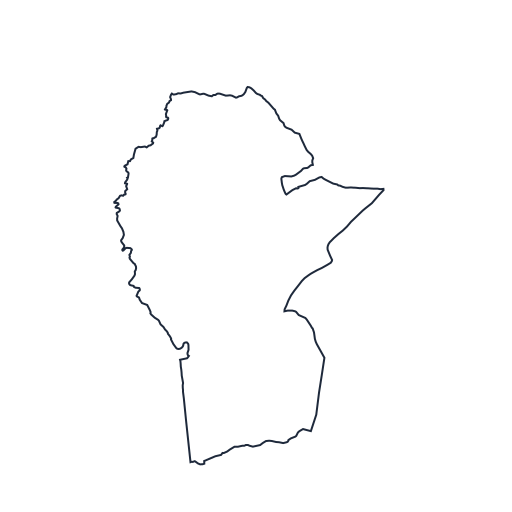 the district of Ingende, Équateur, Democratic Republic of the Congo, rotated 246°
{"feature_id": "63176286B3271137171664", "entity_name": "Ingende", "entity_type": "district", "adm_level": 2, "iso_a3": "COD", "parent_name": "Democratic Republic of the Congo", "parent_adm1": "Équateur", "projection": "orthographic", "projection_center": [19.593, -0.719], "detail": "fine", "context": "isolated", "style": "outline", "palette": "slate", "viewbox_px": 512, "rotation_deg": 246, "n_neighbors": 0, "source": "geoboundaries", "source_scale": "gbopen_adm2", "svg_char_len": 6023}
<svg xmlns="http://www.w3.org/2000/svg" viewBox="0 0 512 512"><g transform="rotate(246 256 256)"><path d="M135.2,277.1L150.8,275.7L153.4,275.7L156.4,276.1L159.8,277.1L162.6,277.9L166.8,278.3L167.6,277.9L170.1,277.7L177.3,276.5L179.3,275.9L184.7,271.0L188.7,269.9L189.6,269.2L191.4,266.9L193.3,262.5L193.9,259.5L195.7,260.5L198.3,263.6L202.1,267.4L205.8,272.0L208.8,277.0L211.9,282.9L214.5,287.7L216.0,291.4L217.0,296.0L217.5,298.7L217.8,301.6L218.2,306.3L218.3,311.3L218.9,317.6L219.4,321.5L220.4,323.1L221.4,323.9L226.2,323.8L232.6,324.0L234.5,324.7L236.0,325.7L237.3,327.0L238.6,329.0L239.3,330.9L240.7,334.4L242.5,340.1L243.9,345.5L245.9,351.1L248.6,356.7L250.7,362.6L254.1,372.0L255.1,375.5L257.1,383.3L261.9,393.5L264.3,399.3L265.5,399.7L266.0,398.1L266.6,396.6L267.3,395.6L268.2,394.2L268.6,393.2L269.7,390.8L270.7,388.8L271.9,386.6L272.5,385.4L273.5,383.4L274.6,381.3L275.7,378.5L276.9,376.4L277.9,374.7L278.7,373.0L279.9,370.8L280.6,369.1L281.0,367.9L281.3,367.1L282.0,365.6L284.0,363.2L286.0,361.5L287.0,359.9L288.3,359.3L290.7,356.0L297.3,350.6L299.2,349.2L300.6,348.5L301.5,348.1L302.0,345.8L301.6,340.8L302.5,335.5L301.3,331.9L300.9,329.8L301.9,322.8L300.9,322.5L300.7,321.8L301.0,320.8L301.6,320.2L301.4,316.1L299.8,308.8L300.5,308.4L301.6,308.3L302.8,308.3L303.8,308.3L306.0,308.4L307.8,308.6L310.0,308.8L311.6,309.2L312.8,309.5L314.0,309.9L315.4,310.3L316.3,310.6L316.7,310.9L317.5,311.7L317.3,314.9L314.3,320.6L313.9,323.4L314.0,325.4L315.4,331.7L316.6,334.4L316.6,335.6L315.6,338.6L315.7,339.9L316.6,342.8L316.1,345.0L318.9,345.6L320.5,346.4L322.1,348.0L324.8,348.1L326.6,347.6L328.2,346.9L329.8,346.1L332.2,345.4L334.4,345.3L336.9,345.2L339.4,345.2L342.1,345.1L344.6,345.1L349.9,345.3L352.9,341.6L356.9,339.9L360.8,336.0L362.4,335.1L363.6,334.9L366.3,335.2L367.6,334.5L370.3,333.2L372.1,333.0L375.1,333.3L377.9,332.6L380.8,332.7L381.9,332.8L383.4,332.0L390.9,329.7L392.1,329.1L393.3,328.4L395.1,328.0L397.3,326.8L399.6,326.6L401.0,325.3L401.6,325.2L403.5,323.1L405.0,322.2L408.2,321.2L411.1,319.9L412.7,318.7L413.8,317.1L413.3,316.0L410.2,313.0L408.8,310.7L408.3,308.9L408.3,307.5L408.8,305.5L408.6,303.1L408.8,302.1L412.2,299.3L413.4,297.6L414.1,295.4L414.8,293.6L419.0,289.0L419.9,287.2L420.0,286.1L419.6,284.5L420.4,282.5L419.9,280.6L421.8,277.9L425.1,274.8L425.7,273.8L425.8,273.4L426.3,270.8L426.7,270.1L430.5,266.9L432.6,264.0L434.7,256.2L435.1,253.3L436.3,251.0L436.3,250.0L436.3,249.0L436.6,247.8L436.9,246.6L437.2,246.1L437.8,245.7L438.6,245.2L438.0,244.1L436.1,242.2L433.8,242.1L432.9,241.7L432.7,240.0L431.6,239.0L431.1,236.8L429.7,235.3L428.5,234.7L426.9,232.4L426.6,232.5L425.8,234.0L425.2,234.2L422.7,231.8L422.3,231.4L420.7,231.0L419.8,230.5L419.7,230.5L419.2,230.5L418.2,231.8L417.6,231.9L416.7,231.3L416.2,230.5L416.4,228.4L416.4,227.1L415.5,226.6L412.9,223.9L412.7,223.2L413.6,222.4L414.2,221.9L414.0,221.5L412.5,220.3L412.4,220.2L412.1,219.1L412.5,217.3L411.5,217.1L410.6,216.9L409.6,215.8L407.3,214.6L406.0,213.5L405.4,212.7L405.5,211.7L405.2,210.6L405.3,210.3L405.5,209.8L405.5,209.1L404.1,208.4L403.1,207.4L401.4,208.2L400.7,207.7L400.3,205.9L400.0,204.7L400.4,202.9L399.7,200.3L400.4,199.7L401.2,199.0L402.3,195.0L403.5,193.1L403.0,189.6L398.4,185.8L395.4,183.8L395.1,181.0L395.0,180.8L393.9,179.5L394.0,179.2L394.4,178.4L394.6,177.9L392.0,175.9L391.9,173.2L391.5,172.2L391.0,172.1L389.8,173.1L389.1,173.1L388.6,173.2L387.1,172.2L386.1,172.2L384.2,173.3L383.1,173.1L380.8,171.6L379.9,171.0L379.9,170.6L379.9,170.1L379.0,170.2L378.2,169.4L377.6,168.4L376.5,166.4L375.7,165.9L374.4,167.6L374.0,167.4L373.9,167.3L372.7,165.8L369.4,165.5L368.5,162.9L367.3,162.3L366.2,162.2L365.7,162.2L365.4,161.8L365.7,160.3L365.3,159.6L365.1,159.1L366.1,157.8L366.3,156.3L365.0,154.4L364.7,154.0L364.2,151.6L363.6,150.8L362.9,148.4L362.1,148.3L360.8,151.0L360.1,151.6L359.1,151.4L358.1,148.1L357.6,147.5L357.3,147.5L357.2,147.6L355.4,150.2L354.7,150.5L353.1,150.3L352.4,149.5L352.1,147.4L352.0,146.4L351.1,145.8L348.9,145.9L346.6,144.3L344.8,143.6L344.5,143.7L343.2,143.8L338.4,144.3L335.8,144.8L332.0,144.7L329.0,143.9L326.5,141.4L325.4,139.4L324.7,138.9L324.1,138.9L323.2,138.9L319.3,139.9L319.2,139.8L318.3,139.5L317.3,138.6L316.7,137.4L316.3,136.6L315.9,136.3L315.4,136.3L315.1,136.4L315.0,137.1L316.2,140.1L316.0,141.3L314.3,144.4L312.9,145.1L312.1,145.1L311.2,143.8L309.8,143.0L308.5,140.8L306.6,140.5L306.0,139.8L304.8,139.6L302.3,140.3L299.2,141.2L298.1,142.0L296.8,142.0L295.3,142.1L293.6,141.5L292.4,140.6L292.2,140.5L291.2,139.0L288.7,138.1L287.5,137.0L285.2,133.1L283.5,129.4L282.3,128.8L281.0,129.0L280.1,129.8L278.5,132.0L277.3,132.0L276.0,133.1L274.3,136.2L273.7,136.4L273.3,136.3L272.5,136.2L271.9,135.8L271.3,134.0L268.2,130.7L267.6,130.7L265.8,132.1L265.7,132.2L265.2,132.2L263.3,132.0L259.4,132.7L255.5,136.7L249.6,137.0L247.6,136.9L246.6,136.2L245.3,136.4L241.9,137.9L240.8,138.4L237.5,140.6L236.3,141.0L232.4,141.0L230.8,141.7L228.8,142.6L225.9,143.0L223.8,143.8L221.9,144.2L220.8,143.9L218.1,144.6L217.9,144.6L216.5,144.8L215.1,144.9L214.4,144.4L209.1,144.7L204.4,145.7L203.3,146.3L202.5,147.5L202.2,148.9L202.4,150.7L203.1,152.3L204.0,153.2L205.2,154.0L205.8,155.2L205.7,156.4L205.2,157.7L203.4,158.3L202.2,158.1L197.7,156.2L195.2,153.9L194.0,153.5L192.8,153.5L192.0,154.0L191.2,152.7L190.6,151.4L192.1,144.4L190.4,144.1L188.1,143.3L185.5,142.3L182.5,141.5L179.8,140.6L176.9,139.5L169.6,137.7L167.8,136.5L165.4,135.5L163.2,134.8L161.7,134.1L155.4,132.2L134.2,125.2L94.3,112.3L94.2,113.5L93.6,114.5L93.5,116.5L93.1,116.9L91.0,118.1L90.1,118.6L88.4,120.2L87.5,122.5L87.3,124.3L89.8,125.3L89.6,137.4L88.5,143.2L89.7,145.3L89.1,146.4L89.1,150.2L89.8,153.2L90.5,158.7L89.1,161.9L88.7,164.0L88.2,166.4L87.4,168.3L87.5,169.8L86.6,171.8L85.3,172.9L83.1,175.6L81.6,182.9L82.4,186.1L82.9,189.8L81.9,192.9L80.5,195.3L77.9,198.7L76.5,201.3L74.2,204.5L74.0,204.9L73.4,208.2L73.4,209.3L74.0,210.3L74.7,210.8L75.2,213.7L75.0,218.5L75.3,219.6L77.7,222.5L78.3,224.3L78.8,228.5L73.7,234.9L86.5,246.5L105.7,258.1L119.9,267.3L135.2,277.1Z" fill="none" stroke="#1e293b" stroke-width="2"/></g></svg>